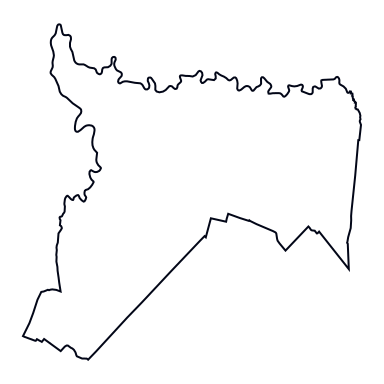 the district of Hong Dan, Bạc Liêu, Vietnam
{"feature_id": "81297802B80223312825495", "entity_name": "Hong Dan", "entity_type": "district", "adm_level": 2, "iso_a3": "VNM", "parent_name": "Vietnam", "parent_adm1": "Bạc Liêu", "projection": "robinson", "projection_center": [105.381, 9.509], "detail": "fine", "context": "isolated", "style": "outline", "palette": "ink", "viewbox_px": 384, "rotation_deg": 0, "n_neighbors": 0, "source": "geoboundaries", "source_scale": "gbopen_adm2", "svg_char_len": 5635}
<svg xmlns="http://www.w3.org/2000/svg" viewBox="0 0 384 384"><path d="M60.4,24.7L59.1,24.3L58.1,24.7L57.4,25.6L57.0,27.0L55.7,33.4L54.6,35.3L52.2,37.7L51.3,39.2L50.9,40.8L50.8,43.0L51.1,45.3L53.3,51.6L53.9,55.3L53.7,57.0L52.7,61.0L52.5,62.8L52.8,65.9L52.6,67.4L50.8,71.3L50.6,72.2L50.7,73.3L51.7,74.8L54.2,77.1L55.3,78.8L58.5,86.0L59.8,91.7L61.3,94.2L63.1,95.8L65.7,97.0L67.0,97.9L72.7,103.3L78.8,107.5L80.4,108.7L81.1,109.7L81.3,111.6L80.9,113.2L79.4,115.2L78.3,116.4L76.9,118.4L75.7,121.8L75.0,126.0L74.9,128.3L75.0,129.6L75.5,130.9L76.0,131.4L76.9,131.8L78.1,131.7L80.6,130.0L84.2,126.8L85.9,125.8L87.2,125.4L89.1,125.2L91.7,125.6L93.0,126.4L94.0,127.6L94.5,129.0L94.5,130.7L93.9,134.2L92.9,137.4L92.6,138.9L92.3,142.1L92.5,145.3L93.4,148.1L94.3,149.7L97.1,152.8L96.3,159.6L96.4,161.0L96.8,162.6L98.3,165.2L100.2,167.0L100.8,167.7L100.9,168.3L100.1,169.9L99.2,170.9L97.2,171.9L95.8,172.1L94.6,172.0L93.3,171.4L91.2,170.2L90.6,170.4L89.6,171.7L89.4,174.0L90.3,177.5L91.5,179.6L93.5,181.5L93.6,182.2L92.2,184.8L90.2,187.4L88.1,189.2L85.9,189.9L84.9,190.7L84.5,192.3L84.5,194.1L84.8,195.1L86.0,196.9L86.2,197.5L85.6,199.5L84.5,201.3L83.6,201.6L81.7,200.3L79.7,198.1L78.8,195.8L78.2,195.1L77.6,195.1L76.3,195.6L74.3,197.1L73.8,197.7L73.4,199.5L73.0,200.0L72.2,199.9L70.8,199.0L69.2,197.2L67.7,195.8L67.2,195.8L66.5,196.3L65.4,197.9L64.9,199.3L64.4,203.2L64.4,204.3L64.9,206.4L64.6,211.6L64.1,212.7L63.2,213.7L62.1,216.0L61.6,216.5L60.1,216.8L59.6,217.4L59.8,219.1L60.5,220.2L59.9,225.3L61.1,226.1L61.7,227.4L61.8,228.3L61.0,229.8L58.5,233.4L57.8,242.6L56.8,245.4L56.5,247.6L56.8,250.2L56.3,254.9L56.6,256.9L56.4,261.6L57.4,266.9L57.6,270.8L58.6,277.7L59.2,282.6L60.6,291.5L56.3,289.9L52.3,289.4L50.3,289.7L49.0,290.2L47.9,289.8L43.7,291.5L41.3,291.9L37.5,299.7L33.2,313.0L29.4,323.2L23.0,336.1L24.4,336.8L35.3,340.8L35.9,340.7L36.9,339.2L41.8,341.9L44.1,339.0L60.7,351.1L64.8,346.6L66.6,345.5L67.8,345.5L70.9,347.8L72.4,348.5L73.9,349.8L75.5,352.4L76.4,355.4L76.9,356.3L82.0,358.5L86.6,358.6L87.1,358.8L88.1,359.7L96.2,351.3L127.3,317.5L141.9,302.4L171.2,271.1L200.0,240.8L204.6,236.1L205.8,237.3L210.9,218.3L226.1,221.7L226.7,218.8L228.2,213.8L239.8,218.0L248.9,220.9L249.3,220.3L250.2,221.0L256.5,224.1L273.0,231.1L275.3,232.3L275.8,232.7L276.3,233.6L277.1,238.9L277.6,240.7L279.6,243.5L285.5,250.6L308.4,226.5L309.6,227.8L310.9,229.8L311.9,230.4L314.7,230.7L316.8,233.4L317.5,233.3L319.1,231.6L348.8,269.1L347.8,244.3L347.7,243.5L347.1,242.8L347.4,241.9L348.2,237.1L350.7,228.1L351.2,220.3L351.1,216.0L351.5,211.1L355.2,175.7L358.3,140.1L359.3,140.1L361.0,124.9L359.8,121.7L359.9,120.3L360.5,119.3L360.1,117.2L360.4,115.8L359.7,112.9L357.8,109.5L356.5,109.3L356.2,108.7L355.6,108.6L355.3,107.4L355.9,106.3L355.7,105.2L355.9,104.4L355.9,102.9L354.9,102.7L355.2,101.8L354.2,101.1L354.0,100.0L353.4,100.3L353.1,100.1L353.1,99.6L353.6,99.1L352.9,98.3L352.7,97.7L352.8,96.6L352.1,95.9L352.6,95.2L352.4,93.6L351.0,93.5L351.2,92.8L350.8,92.3L351.0,91.8L350.9,91.5L349.8,91.4L349.4,92.3L348.8,92.8L347.9,92.8L347.3,92.4L345.8,88.7L343.5,86.4L340.3,84.6L339.5,83.8L339.3,82.8L339.4,80.1L339.0,78.5L338.0,77.2L337.2,76.9L336.2,77.2L334.7,78.9L333.5,79.4L322.7,79.9L321.4,80.3L321.2,81.0L321.4,82.9L322.0,85.9L321.8,86.9L321.1,87.9L320.5,88.4L318.8,88.6L315.4,86.5L314.8,86.4L313.3,86.9L312.7,88.4L312.7,92.3L312.2,93.4L311.2,94.1L309.9,94.2L308.9,94.0L301.9,91.3L301.6,90.5L301.7,89.8L302.7,87.6L302.9,86.1L302.3,85.0L301.6,84.7L300.6,84.7L297.2,86.0L294.3,86.4L292.1,86.1L289.2,85.3L288.5,85.5L288.2,86.1L288.1,86.8L289.1,89.8L289.2,90.6L288.9,91.6L287.2,94.2L285.4,96.1L284.3,96.7L283.4,96.5L281.6,94.3L280.4,93.4L278.8,93.1L272.9,93.2L269.9,93.7L268.6,93.6L268.2,91.9L268.6,90.7L271.1,87.3L271.3,86.2L270.9,85.0L270.2,83.9L267.2,81.8L264.3,78.3L263.1,77.3L262.0,77.2L261.3,77.9L261.0,78.8L261.1,83.8L260.0,85.4L258.3,86.4L256.5,87.1L253.5,90.6L252.7,90.8L251.9,90.5L249.9,87.2L248.5,86.3L247.0,86.0L245.8,86.2L244.3,87.0L241.2,89.6L239.4,90.5L238.4,90.4L237.7,89.7L237.2,88.6L237.6,83.4L237.2,80.7L236.2,78.2L235.1,77.4L233.7,77.6L230.9,79.9L229.7,80.4L228.4,80.1L226.3,78.1L223.9,76.6L221.3,75.5L219.2,74.3L217.6,72.9L216.6,72.4L215.9,72.5L215.5,73.1L215.2,74.1L215.7,76.3L215.7,78.5L214.0,80.1L208.1,79.2L206.9,79.6L205.0,81.6L203.2,82.9L202.0,83.0L201.0,81.8L200.6,80.3L202.5,75.2L202.1,72.8L200.9,71.3L199.5,70.9L198.5,71.4L195.7,75.1L192.7,76.5L189.4,76.0L185.6,75.9L182.4,75.4L180.9,75.4L180.2,75.7L179.9,76.3L180.0,77.4L181.1,80.5L181.1,81.4L180.7,82.1L178.2,84.4L177.6,85.3L177.3,87.4L176.6,88.7L175.1,89.0L173.7,88.1L172.0,86.4L170.6,86.0L169.3,86.2L165.7,90.0L163.0,91.6L159.4,92.3L156.6,91.5L155.3,89.8L155.4,86.0L155.0,83.4L151.9,78.9L151.1,77.9L150.2,77.5L148.7,77.7L148.0,78.4L147.8,80.1L147.8,81.0L148.8,83.2L149.4,85.4L149.1,87.7L148.5,88.5L147.2,89.4L145.7,89.4L145.1,89.1L144.3,88.2L142.5,85.0L141.5,84.0L140.3,83.3L134.9,82.8L126.9,81.3L125.0,81.3L122.8,81.8L120.3,83.3L119.5,83.3L118.6,82.8L118.1,81.7L118.4,79.9L118.9,79.0L121.5,76.1L121.8,75.0L121.8,73.8L121.3,72.8L120.8,72.3L117.0,70.4L115.9,69.1L115.0,67.2L114.3,65.5L114.2,63.8L114.5,62.3L115.6,59.9L115.7,59.1L115.5,57.8L114.8,57.1L114.2,56.9L113.1,57.0L112.2,57.7L111.8,58.3L111.6,59.5L111.6,63.8L110.3,65.8L108.0,67.2L104.3,67.4L103.1,67.9L102.7,68.4L102.2,69.7L102.0,71.8L101.5,73.2L100.8,73.9L99.9,74.3L98.7,74.0L97.3,73.1L96.8,72.4L95.7,69.5L94.2,68.3L89.7,67.6L88.2,67.0L85.2,65.1L83.6,64.4L79.2,64.4L77.9,64.1L76.5,63.4L75.4,62.4L74.3,60.6L72.4,52.0L70.8,49.0L70.0,46.7L70.0,42.9L71.0,39.2L70.9,37.5L70.7,36.6L70.1,35.8L68.5,34.9L66.1,35.2L64.5,35.1L64.0,35.0L63.0,34.2L62.4,32.8L60.8,25.4L60.4,24.7Z" fill="none" stroke="#020617" stroke-width="2"/></svg>